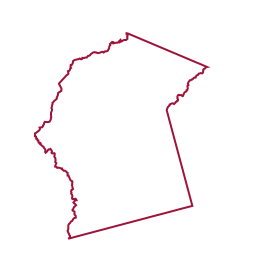 Espigão D'Oeste, Rondônia, Brazil (Mercator projection), rotated 165°
{"feature_id": "56859067B68374393690028", "entity_name": "Espigão D'Oeste", "entity_type": "district", "adm_level": 2, "iso_a3": "BRA", "parent_name": "Brazil", "parent_adm1": "Rondônia", "projection": "mercator", "projection_center": [-60.711, -11.369], "detail": "fine", "context": "isolated", "style": "outline", "palette": "rose", "viewbox_px": 256, "rotation_deg": 165, "n_neighbors": 0, "source": "geoboundaries", "source_scale": "gbopen_adm2", "svg_char_len": 4219}
<svg xmlns="http://www.w3.org/2000/svg" viewBox="0 0 256 256"><g transform="rotate(165 128 128)"><path d="M36.0,166.6L39.9,169.7L42.2,171.5L43.9,172.8L48.7,176.5L55.1,181.5L60.1,185.4L63.8,188.3L65.9,189.9L68.5,191.9L69.1,192.4L103.9,219.5L104.9,219.9L105.1,218.8L104.1,218.6L104.6,217.0L105.3,216.3L105.2,215.2L105.5,214.3L106.2,214.0L106.9,213.5L108.9,214.0L110.4,213.8L111.2,213.4L111.9,213.3L112.2,214.0L112.4,215.1L113.9,214.2L113.5,213.1L114.2,212.9L115.0,213.4L115.9,213.1L116.7,213.3L117.9,213.5L120.0,213.5L119.9,214.7L120.8,215.1L121.1,214.2L121.9,214.8L122.8,214.3L123.7,213.8L123.5,212.8L124.5,212.1L125.0,211.4L125.3,210.7L125.9,209.5L126.7,209.0L127.4,207.9L128.6,207.6L129.6,207.8L130.3,208.0L131.2,207.5L132.0,207.2L132.6,208.1L133.6,208.3L135.4,208.0L137.6,208.1L138.3,208.6L139.1,209.0L139.5,209.5L140.4,209.5L141.0,210.0L142.3,209.9L143.8,209.4L145.1,208.8L145.8,208.2L146.8,207.8L147.9,208.0L149.6,206.7L150.7,207.1L151.6,207.1L152.3,206.9L153.0,207.1L153.9,207.6L154.7,206.5L155.8,206.6L156.6,207.6L158.2,207.3L159.2,207.5L160.1,207.4L161.9,207.5L162.8,207.2L163.8,206.8L164.1,205.8L164.9,204.5L165.5,204.1L166.2,203.4L167.0,203.7L167.8,201.6L167.5,200.7L168.4,200.4L169.0,199.3L169.8,198.5L170.5,198.4L171.3,198.4L171.4,196.8L171.5,195.9L172.1,195.4L173.0,195.1L174.0,194.7L174.7,194.2L175.8,193.5L183.2,188.8L183.2,188.0L182.7,186.5L182.4,184.7L182.1,183.5L182.7,181.2L184.2,180.6L186.3,180.1L187.3,177.9L188.1,176.8L188.9,175.9L189.3,174.6L192.7,173.0L193.8,172.1L194.5,171.8L194.7,170.7L195.3,169.8L196.2,168.0L196.8,167.1L196.5,165.7L196.8,164.9L197.7,163.6L198.5,162.5L199.2,159.7L199.3,158.3L199.8,157.8L200.0,157.1L200.3,156.4L201.8,154.6L203.3,154.3L204.5,154.6L206.7,155.5L207.4,155.0L207.9,154.1L208.4,153.1L209.3,152.6L209.8,151.6L210.8,150.9L213.3,151.3L213.2,150.3L213.7,149.2L214.9,148.4L215.6,148.3L216.3,147.7L217.4,147.5L218.0,147.1L219.3,146.8L220.0,144.1L219.1,143.5L219.4,141.4L218.5,141.1L218.5,140.2L218.6,139.4L217.8,139.1L218.0,138.1L218.1,137.0L216.9,136.6L216.4,135.8L217.1,135.3L216.8,134.7L215.9,133.7L215.3,132.4L214.5,131.9L214.3,130.5L213.6,129.1L213.5,128.3L213.7,127.5L214.2,126.3L213.9,125.4L212.4,126.2L210.3,127.9L209.1,127.5L208.4,127.9L207.9,127.0L207.6,126.1L207.6,124.8L208.2,124.3L208.2,123.4L206.9,122.8L205.6,122.7L205.4,122.1L206.1,120.3L206.6,119.4L206.4,118.7L205.9,117.8L206.2,117.0L206.2,115.8L206.6,115.0L207.1,114.1L206.3,112.7L207.0,111.7L208.0,110.4L208.4,109.6L207.1,108.8L206.7,107.8L205.4,107.7L204.5,107.3L203.2,106.3L202.1,105.9L202.4,105.1L201.6,104.1L201.1,103.3L200.1,103.2L199.1,102.1L198.5,100.9L197.9,100.4L198.7,97.7L197.8,97.5L197.4,94.8L197.4,93.9L197.0,92.6L196.5,91.6L195.7,91.1L195.7,90.1L196.3,89.2L196.3,88.3L196.9,87.3L197.0,84.6L196.9,83.3L197.7,82.8L198.4,82.9L198.9,82.4L199.4,81.4L199.3,80.4L199.9,79.4L199.5,78.5L199.3,77.8L199.3,77.1L199.4,76.4L199.8,75.6L200.2,74.9L200.2,74.0L199.4,73.4L198.5,73.5L197.0,73.2L196.5,72.4L196.4,71.6L197.6,71.8L200.0,70.2L199.7,69.3L199.1,68.7L198.6,67.9L198.1,66.9L199.0,66.5L199.7,65.9L200.7,65.6L202.0,63.8L202.7,63.5L202.9,62.6L201.3,61.2L201.6,59.6L202.1,59.0L202.0,58.1L201.3,57.0L201.6,54.9L203.1,54.9L204.3,54.4L205.9,52.7L207.1,52.5L208.2,51.6L208.7,51.1L209.6,50.7L210.5,50.0L211.2,48.4L211.5,46.7L212.3,45.1L212.9,44.5L213.0,43.4L212.7,42.8L212.7,41.6L212.3,40.8L212.4,39.9L211.9,38.9L212.2,37.9L212.9,37.2L214.3,36.5L206.7,36.5L134.7,36.3L132.0,36.3L131.1,36.3L126.6,36.3L115.4,36.2L98.5,36.2L96.9,36.2L86.0,36.1L86.0,37.0L86.0,52.0L86.0,100.0L86.0,110.7L86.0,135.1L85.5,136.1L84.6,137.2L83.8,138.1L82.0,139.0L81.8,139.8L80.6,140.2L78.9,140.4L78.1,140.1L77.3,139.2L75.6,140.2L75.1,140.8L74.2,140.8L73.8,141.4L72.8,141.5L72.2,142.6L72.7,143.6L72.2,145.0L72.1,145.8L71.2,146.7L70.3,146.9L69.6,146.3L68.1,146.1L67.2,144.7L66.5,144.8L65.8,145.8L64.9,147.1L63.9,147.8L63.0,148.1L62.1,148.3L61.6,149.5L60.8,149.5L60.1,150.6L59.7,153.2L58.4,153.9L58.7,155.3L57.8,156.6L55.8,158.1L55.0,157.9L54.0,158.4L53.3,158.2L51.8,159.2L50.3,159.6L49.7,159.2L49.2,159.8L48.2,161.0L46.8,161.1L45.6,162.2L44.5,162.1L43.5,162.2L42.4,161.6L41.4,162.0L41.0,162.9L40.4,163.8L40.4,164.7L39.8,165.2L37.9,165.6L37.5,166.3L36.7,166.7L36.0,166.6Z" fill="none" stroke="#9f1239" stroke-width="2"/></g></svg>